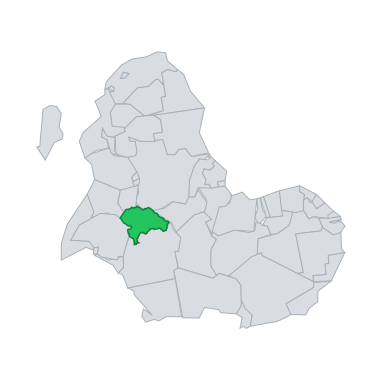 South Sudan highlighted on a map of Africa, rotated 169°
{"feature_id": "SSD", "entity_name": "South Sudan", "entity_type": "country or territory", "adm_level": 0, "iso_a3": "SSD", "parent_name": "Africa", "parent_adm1": "", "projection": "albers", "projection_center": [30.346, 7.857], "detail": "fine", "context": "in_parent", "style": "filled", "palette": "green", "viewbox_px": 384, "rotation_deg": 169, "n_neighbors": 49, "source": "natural_earth", "source_scale": "50m", "svg_char_len": 13297}
<svg xmlns="http://www.w3.org/2000/svg" viewBox="0 0 384 384"><g transform="rotate(169 192 192)"><path d="M262.0,207.4L285.2,222.6L285.4,238.4L290.6,245.8L287.1,248.2L265.3,251.1L261.6,242.6L248.4,238.2L243.5,230.7L242.3,222.3L248.5,217.5L247.0,208.2L262.0,207.4Z" fill="#d9dde1" stroke="#a8b0b8" stroke-width="1"/><path d="M89.9,80.9L89.3,87.0L76.2,85.5L75.3,95.9L71.4,95.9L70.4,103.9L53.5,103.4L72.3,78.1L89.9,80.9Z" fill="#d9dde1" stroke="#a8b0b8" stroke-width="1"/><path d="M242.3,222.3L248.4,238.2L239.7,239.0L238.0,252.2L243.5,253.8L243.8,258.1L232.7,251.5L210.6,249.1L209.1,233.5L201.9,231.9L197.1,236.1L190.4,236.2L185.7,227.0L167.6,226.0L174.0,220.9L178.2,223.0L184.6,217.2L192.1,204.4L196.5,184.9L200.5,181.4L212.9,186.0L226.8,181.0L234.1,181.1L238.6,185.2L244.0,183.9L250.3,194.1L244.7,200.9L242.3,222.3Z" fill="#d9dde1" stroke="#a8b0b8" stroke-width="1"/><path d="M295.2,209.9L292.1,191.0L296.8,184.7L308.8,181.1L320.2,167.8L302.8,163.4L297.9,157.6L300.2,153.8L306.5,157.9L333.4,150.1L329.8,167.1L320.7,184.0L295.2,209.9Z" fill="#d9dde1" stroke="#a8b0b8" stroke-width="1"/><path d="M285.2,222.6L262.0,207.4L266.8,195.2L262.3,185.3L267.7,179.9L279.8,187.8L295.7,186.1L292.1,191.0L295.2,209.9L285.2,222.6Z" fill="#d9dde1" stroke="#a8b0b8" stroke-width="1"/><path d="M222.4,168.2L219.2,166.3L217.7,165.1L218.2,160.2L211.7,149.4L216.4,136.4L220.0,136.8L220.1,118.3L224.8,118.4L224.9,110.1L273.3,110.0L276.0,124.1L279.9,126.6L273.6,131.1L271.4,145.5L263.1,158.1L262.0,166.4L256.7,151.2L250.9,161.6L245.2,159.6L240.9,163.4L231.6,163.0L224.6,159.5L219.5,166.5L222.4,168.2Z" fill="#d9dde1" stroke="#a8b0b8" stroke-width="1"/><path d="M220.0,120.1L220.0,136.8L216.4,136.4L211.7,149.4L215.4,155.7L194.5,169.1L183.1,170.7L177.9,161.4L184.3,159.8L181.2,145.4L177.0,140.8L184.4,131.6L187.6,115.9L183.7,105.5L187.9,103.4L220.0,120.1Z" fill="#d9dde1" stroke="#a8b0b8" stroke-width="1"/><path d="M182.8,314.7L185.0,313.1L192.4,316.7L199.0,314.8L199.3,301.6L203.7,309.1L207.0,308.9L214.8,303.8L225.5,304.7L242.6,292.3L250.5,292.9L253.9,300.7L253.5,306.1L249.9,305.7L248.3,309.3L251.0,311.3L258.0,309.3L255.2,316.4L236.9,330.1L225.7,333.9L210.9,333.4L199.3,336.2L191.5,333.8L191.1,325.6L182.8,314.7ZM240.5,317.1L236.3,316.7L231.4,320.3L236.5,322.6L240.5,317.1Z" fill="#d9dde1" stroke="#a8b0b8" stroke-width="1"/><path d="M240.5,317.1L236.5,322.6L231.4,320.3L236.3,316.7L240.5,317.1Z" fill="#d9dde1" stroke="#a8b0b8" stroke-width="1"/><path d="M250.5,292.9L236.2,290.0L224.0,275.6L231.9,276.5L246.4,267.1L257.9,271.8L257.1,285.6L250.5,292.9Z" fill="#d9dde1" stroke="#a8b0b8" stroke-width="1"/><path d="M242.6,292.3L225.5,304.7L214.8,303.8L207.0,308.9L203.7,309.1L199.3,301.6L199.6,290.8L204.1,290.8L204.5,277.3L224.0,275.6L236.2,290.0L242.6,292.3Z" fill="#d9dde1" stroke="#a8b0b8" stroke-width="1"/><path d="M199.6,290.8L199.0,314.8L192.4,316.7L185.0,313.1L182.8,314.7L177.8,309.3L174.2,291.0L163.6,272.2L223.2,275.0L204.5,277.3L204.1,290.8L199.6,290.8Z" fill="#d9dde1" stroke="#a8b0b8" stroke-width="1"/><path d="M51.4,134.6L48.2,129.3L55.2,122.8L61.6,122.9L70.6,132.3L72.4,141.7L51.0,139.7L50.6,136.4L63.2,136.2L51.4,134.6Z" fill="#d9dde1" stroke="#a8b0b8" stroke-width="1"/><path d="M72.4,141.7L70.6,132.3L73.0,129.2L98.3,131.1L98.0,91.6L104.2,92.0L135.3,116.2L135.2,118.9L139.8,118.7L136.2,133.6L116.6,134.8L103.9,140.2L97.0,152.9L86.0,152.6L82.3,143.3L77.8,144.8L72.4,141.7Z" fill="#d9dde1" stroke="#a8b0b8" stroke-width="1"/><path d="M53.5,103.4L70.4,103.9L71.4,95.9L75.3,95.9L76.2,85.5L89.3,87.0L89.9,80.9L104.2,92.0L98.0,91.6L98.3,131.1L73.0,129.2L70.6,132.3L61.6,122.9L53.6,124.0L56.2,107.6L53.5,103.4Z" fill="#d9dde1" stroke="#a8b0b8" stroke-width="1"/><path d="M129.7,172.9L126.2,173.2L126.2,160.4L122.9,154.5L132.0,147.5L135.6,154.2L130.5,163.4L129.7,172.9Z" fill="#d9dde1" stroke="#a8b0b8" stroke-width="1"/><path d="M183.7,105.5L187.6,115.9L184.4,131.6L177.0,140.8L181.2,145.4L179.3,148.9L174.9,144.0L157.9,146.5L143.3,141.3L137.6,142.4L135.1,150.2L124.6,144.4L122.6,135.4L136.2,133.6L139.8,118.7L172.2,102.5L180.8,106.9L183.7,105.5Z" fill="#d9dde1" stroke="#a8b0b8" stroke-width="1"/><path d="M129.7,172.9L138.8,141.5L157.9,146.5L174.9,144.0L180.9,150.7L168.1,172.0L157.4,173.8L153.9,180.7L142.8,182.3L136.6,173.3L129.7,172.9Z" fill="#d9dde1" stroke="#a8b0b8" stroke-width="1"/><path d="M180.7,147.4L184.3,159.8L177.9,161.4L183.8,169.6L179.3,182.0L185.1,195.0L158.3,191.5L153.8,181.9L155.2,177.8L161.3,171.4L168.1,172.0L180.7,147.4Z" fill="#d9dde1" stroke="#a8b0b8" stroke-width="1"/><path d="M123.6,152.3L126.2,173.2L122.7,173.9L119.5,153.2L123.6,152.3Z" fill="#d9dde1" stroke="#a8b0b8" stroke-width="1"/><path d="M119.9,151.9L122.7,173.9L105.9,176.6L107.5,151.2L119.9,151.9Z" fill="#d9dde1" stroke="#a8b0b8" stroke-width="1"/><path d="M86.0,152.6L93.7,151.9L107.5,156.8L105.9,176.6L85.1,177.5L86.2,171.9L82.1,168.3L86.0,152.6Z" fill="#d9dde1" stroke="#a8b0b8" stroke-width="1"/><path d="M63.4,140.2L77.8,144.8L82.3,143.3L86.0,152.6L84.0,163.2L79.9,164.4L78.1,159.0L74.9,159.5L73.0,152.0L63.7,156.0L56.8,146.1L63.4,140.2Z" fill="#d9dde1" stroke="#a8b0b8" stroke-width="1"/><path d="M51.0,139.7L63.4,140.2L62.9,143.4L56.8,146.1L51.0,139.7Z" fill="#d9dde1" stroke="#a8b0b8" stroke-width="1"/><path d="M83.3,163.1L82.1,168.3L86.2,171.9L85.1,177.5L70.3,165.8L76.1,159.4L79.9,164.4L83.3,163.1Z" fill="#d9dde1" stroke="#a8b0b8" stroke-width="1"/><path d="M63.7,156.0L73.0,152.0L76.1,159.4L70.3,165.8L63.7,156.0Z" fill="#d9dde1" stroke="#a8b0b8" stroke-width="1"/><path d="M97.0,152.9L102.7,141.1L116.6,134.8L122.6,135.4L124.6,144.4L129.4,145.7L123.6,152.3L107.5,151.2L107.5,156.8L97.0,152.9Z" fill="#d9dde1" stroke="#a8b0b8" stroke-width="1"/><path d="M234.1,181.1L221.5,181.5L212.9,186.0L200.5,181.4L196.0,187.8L190.4,186.7L185.5,192.7L179.3,179.0L183.1,170.7L194.5,169.1L215.4,155.7L217.7,165.1L234.1,181.1Z" fill="#d9dde1" stroke="#a8b0b8" stroke-width="1"/><path d="M196.0,187.8L192.1,204.4L184.6,217.2L178.2,223.0L169.8,220.4L166.6,222.8L163.2,218.2L166.6,216.1L165.1,213.2L170.0,210.0L176.0,212.4L178.1,207.7L175.8,201.8L177.9,197.0L173.6,196.4L172.9,192.3L185.1,195.0L190.4,186.7L196.0,187.8Z" fill="#d9dde1" stroke="#a8b0b8" stroke-width="1"/><path d="M165.2,192.0L172.4,192.0L173.6,196.4L177.9,197.0L175.8,201.8L178.1,207.7L176.0,212.4L170.0,210.0L165.1,213.2L166.6,216.1L163.2,218.2L153.9,205.7L157.4,196.9L165.0,197.1L165.2,192.0Z" fill="#d9dde1" stroke="#a8b0b8" stroke-width="1"/><path d="M158.3,191.5L165.2,192.0L165.0,197.1L157.4,196.9L158.3,191.5Z" fill="#d9dde1" stroke="#a8b0b8" stroke-width="1"/><path d="M248.4,238.2L259.4,243.6L257.1,259.9L259.4,260.9L246.0,264.3L246.4,267.1L231.9,276.5L214.9,274.7L209.0,268.9L209.5,256.3L218.7,256.5L218.4,248.5L232.7,251.5L243.8,258.1L243.5,253.8L238.0,252.2L238.4,241.6L240.8,238.5L248.4,238.2Z" fill="#d9dde1" stroke="#a8b0b8" stroke-width="1"/><path d="M257.3,241.8L264.0,245.6L265.4,259.3L270.4,263.4L267.6,272.0L265.0,263.4L257.1,259.9L260.5,247.1L257.3,241.8Z" fill="#d9dde1" stroke="#a8b0b8" stroke-width="1"/><path d="M265.3,251.1L278.1,251.1L290.6,245.8L293.0,263.3L287.3,271.4L266.6,283.5L269.9,299.7L258.8,304.3L258.0,309.3L254.6,309.3L250.5,292.9L257.1,285.6L257.9,271.8L246.7,268.5L246.0,264.3L259.4,260.9L265.0,263.4L267.6,272.0L270.4,263.4L265.4,259.3L265.3,251.1Z" fill="#d9dde1" stroke="#a8b0b8" stroke-width="1"/><path d="M254.6,309.3L251.0,311.3L248.3,309.3L249.9,305.7L254.6,309.3Z" fill="#d9dde1" stroke="#a8b0b8" stroke-width="1"/><path d="M166.6,222.8L169.7,222.7L167.6,226.0L166.6,222.8ZM168.2,227.3L185.7,227.0L190.4,236.2L197.1,236.1L201.9,231.9L209.1,233.5L210.6,249.1L218.8,249.8L218.7,256.5L209.5,256.3L209.0,268.9L214.9,274.7L163.6,272.2L173.5,248.8L168.2,227.3Z" fill="#d9dde1" stroke="#a8b0b8" stroke-width="1"/><path d="M247.2,213.6L248.5,217.5L242.3,222.3L241.0,215.4L247.2,213.6Z" fill="#d9dde1" stroke="#a8b0b8" stroke-width="1"/><path d="M329.9,251.4L335.8,265.7L332.7,265.9L322.6,301.3L315.1,304.0L308.8,302.0L305.4,294.0L310.0,281.2L307.5,273.5L309.5,268.8L317.8,266.8L329.9,251.4Z" fill="#d9dde1" stroke="#a8b0b8" stroke-width="1"/><path d="M50.6,136.4L58.3,134.1L63.2,136.2L50.6,136.4Z" fill="#d9dde1" stroke="#a8b0b8" stroke-width="1"/><path d="M163.4,74.6L156.4,59.6L160.5,49.1L164.8,47.8L167.4,50.3L170.8,49.1L166.8,59.2L171.9,64.0L163.4,74.6Z" fill="#d9dde1" stroke="#a8b0b8" stroke-width="1"/><path d="M89.9,80.9L90.5,75.2L120.9,64.3L118.4,53.0L122.3,51.3L133.1,48.7L160.5,49.1L156.4,59.6L162.0,67.5L164.5,78.1L161.9,91.4L165.5,98.5L172.2,102.5L145.7,117.2L135.2,118.9L135.3,116.2L89.9,80.9Z" fill="#d9dde1" stroke="#a8b0b8" stroke-width="1"/><path d="M272.0,141.8L273.6,131.1L279.9,126.6L283.6,135.3L299.8,148.5L296.8,149.3L286.9,141.1L272.0,141.8Z" fill="#d9dde1" stroke="#a8b0b8" stroke-width="1"/><path d="M72.3,78.1L87.4,70.6L89.4,60.5L99.4,55.4L103.8,49.6L118.4,53.0L120.9,64.3L90.5,75.2L90.1,79.9L72.3,78.1Z" fill="#d9dde1" stroke="#a8b0b8" stroke-width="1"/><path d="M273.3,110.0L224.9,110.1L226.1,71.6L241.0,74.5L249.2,71.8L253.2,74.2L262.3,73.0L265.0,79.8L262.0,86.5L254.6,78.8L268.4,102.2L267.8,105.6L273.3,110.0Z" fill="#d9dde1" stroke="#a8b0b8" stroke-width="1"/><path d="M225.1,70.3L224.8,118.4L220.0,120.1L187.9,103.4L180.8,106.9L165.5,98.5L161.9,91.4L165.5,70.5L171.9,64.0L186.7,68.0L188.4,71.5L201.7,76.2L209.0,66.9L225.1,70.3Z" fill="#d9dde1" stroke="#a8b0b8" stroke-width="1"/><path d="M320.2,167.8L308.8,181.1L286.0,188.5L271.4,184.3L257.7,170.2L272.0,141.8L276.8,142.6L278.0,139.5L293.5,145.5L296.8,149.3L294.5,155.7L298.7,156.1L302.8,163.4L320.2,167.8Z" fill="#d9dde1" stroke="#a8b0b8" stroke-width="1"/><path d="M296.8,149.3L300.8,149.8L298.7,156.1L294.5,155.7L296.8,149.3Z" fill="#d9dde1" stroke="#a8b0b8" stroke-width="1"/><path d="M262.0,207.4L243.4,209.1L250.5,187.3L262.3,185.3L264.3,188.2L266.8,195.2L262.0,207.4Z" fill="#d9dde1" stroke="#a8b0b8" stroke-width="1"/><path d="M247.0,208.2L248.5,213.0L241.0,215.4L242.2,210.2L247.0,208.2Z" fill="#d9dde1" stroke="#a8b0b8" stroke-width="1"/><path d="M262.2,185.4L261.2,186.4L260.4,187.2L260.3,187.3L260.1,187.4L259.4,187.4L258.7,187.3L258.0,186.9L257.3,187.2L256.9,187.4L256.6,187.4L256.0,187.5L255.2,187.7L254.8,187.9L254.6,188.1L254.4,188.4L254.3,188.5L254.2,188.4L253.5,188.1L253.3,187.6L253.1,187.4L252.9,187.3L252.2,187.7L251.8,187.8L251.5,187.8L251.0,187.5L250.4,187.3L250.1,187.3L249.7,187.6L249.2,188.0L248.9,188.4L248.8,188.6L248.7,188.4L248.6,188.2L248.2,187.9L248.0,188.0L247.7,188.0L247.6,187.9L247.6,187.6L247.5,187.3L247.4,187.1L247.0,186.9L246.1,186.5L245.3,185.7L245.0,185.3L244.7,185.0L244.3,184.4L243.9,183.9L243.3,183.7L243.0,183.8L242.6,184.3L241.9,184.7L241.6,184.8L241.2,184.5L240.7,184.3L239.8,184.3L239.5,184.5L239.0,184.8L238.6,185.0L238.3,185.0L238.1,185.0L237.8,184.9L237.5,184.9L237.1,184.6L236.8,184.4L236.7,184.1L236.4,184.0L236.1,183.8L235.8,183.6L235.7,183.4L235.5,183.1L235.3,182.8L234.6,182.3L234.4,182.0L234.2,181.7L233.9,181.3L233.6,180.9L233.5,180.2L233.5,179.7L233.4,179.5L233.3,179.2L233.1,179.0L232.9,178.8L232.3,178.5L231.7,178.1L231.4,177.8L230.8,177.8L230.5,177.5L230.2,177.0L230.1,176.6L229.8,176.3L229.7,176.1L229.6,175.9L229.9,175.1L229.5,174.8L229.0,174.5L228.7,174.1L228.5,173.7L227.9,173.3L226.5,172.5L225.7,172.1L225.3,171.7L224.9,171.3L224.9,171.1L225.2,170.7L225.2,170.4L225.0,170.0L224.2,169.4L223.6,168.6L223.1,168.4L221.9,168.2L221.6,168.1L221.2,167.9L220.9,167.6L220.7,167.2L220.9,166.6L220.8,166.4L220.6,166.3L220.7,166.2L220.9,165.9L221.3,165.7L222.3,165.4L222.3,164.9L222.4,164.7L222.8,164.2L222.8,163.5L222.9,163.3L223.0,163.1L223.2,162.9L223.3,162.7L223.4,162.3L223.4,161.6L223.5,161.4L224.1,160.7L224.3,160.4L224.4,160.2L224.4,159.9L224.4,159.7L224.6,159.4L225.2,159.3L225.5,159.3L227.6,158.9L227.9,159.0L228.0,159.3L228.0,159.7L228.0,159.9L228.1,160.0L228.5,160.2L228.7,160.5L228.8,160.7L229.2,160.9L230.8,162.8L231.2,163.0L231.7,162.9L232.5,162.5L233.0,162.4L236.0,162.6L236.4,162.5L236.8,163.4L237.1,163.7L240.4,163.7L240.3,163.4L240.4,163.1L240.8,162.7L241.0,162.5L241.6,162.2L242.1,162.0L243.0,161.8L243.4,161.5L243.6,161.2L243.6,160.5L243.7,160.4L244.0,160.3L245.1,159.8L245.3,159.6L247.2,160.9L248.4,161.9L248.4,162.0L248.5,162.0L248.6,161.9L249.2,161.9L250.1,161.8L250.4,161.7L252.2,159.9L252.7,159.3L252.8,159.2L253.0,158.8L253.3,158.1L255.3,156.3L255.4,156.2L255.1,155.5L255.0,155.2L255.0,154.8L255.1,154.1L255.1,153.6L253.9,152.3L256.7,152.2L256.6,151.9L256.6,151.7L256.6,151.4L258.6,151.3L258.6,151.7L258.4,152.5L258.4,153.0L258.3,153.6L258.2,153.7L258.2,153.8L258.1,154.0L258.5,157.2L258.5,157.3L258.4,157.5L259.3,158.0L259.8,158.4L261.6,159.9L261.6,160.0L261.8,160.5L261.8,161.0L261.9,161.3L261.6,162.0L261.5,162.4L261.5,162.7L261.5,162.9L261.6,163.0L262.4,163.1L262.4,164.1L262.5,164.8L262.5,166.1L262.5,166.4L262.5,166.8L262.4,167.0L262.2,167.2L261.9,167.4L261.2,167.5L260.6,167.5L260.2,167.4L259.6,167.4L259.1,167.5L258.9,167.6L258.6,168.3L258.2,169.2L258.0,169.5L257.9,169.8L258.0,169.9L258.2,170.1L258.9,170.3L259.6,170.5L260.1,170.6L260.4,170.6L260.7,170.7L261.7,171.4L262.0,171.7L262.2,172.0L262.3,172.3L262.4,172.6L263.0,173.2L263.3,173.5L264.2,174.0L264.5,174.5L264.9,174.7L265.2,175.0L265.3,175.4L265.7,176.5L266.0,177.1L266.2,177.6L266.4,178.4L266.6,178.7L266.8,179.2L267.1,179.6L267.5,179.9L266.8,180.7L266.0,181.6L264.9,182.6L263.9,183.7L263.0,184.6L262.2,185.4Z" fill="#22c55e" stroke="#15803d" stroke-width="1.5"/></g></svg>